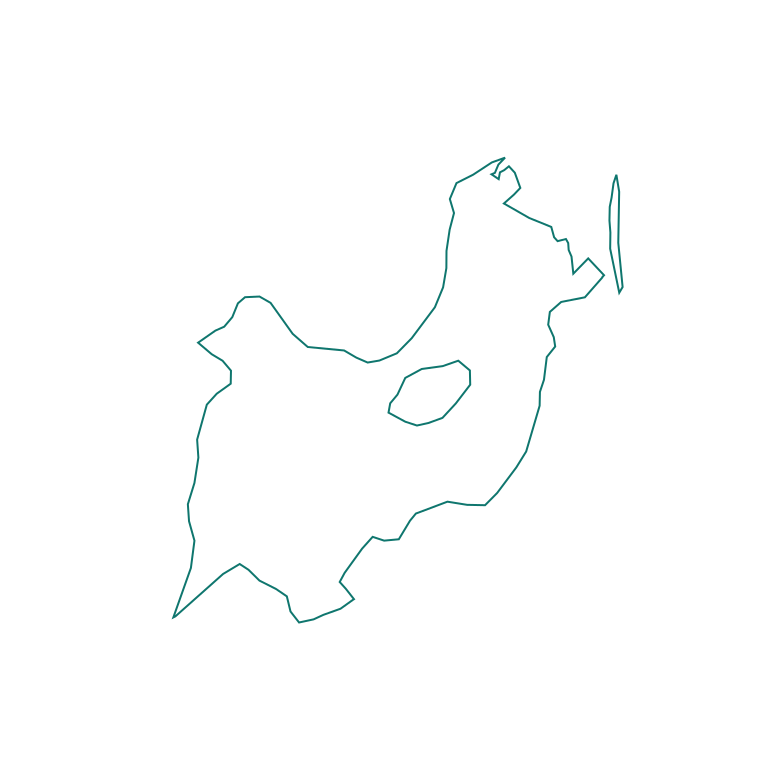 the County of Chiayi, rotated 138°
{"feature_id": "TWN-1170", "entity_name": "Chiayi", "entity_type": "County", "adm_level": 1, "iso_a3": "TWN", "parent_name": "Taiwan", "parent_adm1": "", "projection": "robinson", "projection_center": [120.419, 23.433], "detail": "fine", "context": "isolated", "style": "outline", "palette": "teal", "viewbox_px": 768, "rotation_deg": 138, "n_neighbors": 0, "source": "natural_earth", "source_scale": "10m", "svg_char_len": 1746}
<svg xmlns="http://www.w3.org/2000/svg" viewBox="0 0 768 768"><g transform="rotate(138 384 384)"><path d="M142.6,471.2L152.2,470.5L160.3,466.7L163.8,467.9L161.7,459.5L156.2,463.7L151.6,462.5L145.5,462.2L145.4,453.5L151.5,438.5L160.7,437.8L174.1,437.9L165.0,410.2L154.6,388.8L159.4,379.2L159.4,374.0L151.8,370.0L152.8,365.5L157.1,360.0L159.4,353.2L169.5,339.3L148.2,340.7L147.7,317.6L150.1,317.4L150.4,317.1L176.7,314.0L197.4,326.4L212.5,326.6L222.3,318.2L226.5,305.2L231.7,297.3L245.0,295.1L262.3,280.1L273.4,273.8L282.9,263.7L323.5,238.7L341.4,233.5L372.8,227.3L390.0,226.3L403.1,238.6L415.6,254.1L447.0,266.4L456.2,265.0L476.9,258.7L488.7,267.5L494.7,278.0L510.4,276.3L539.6,270.0L549.4,266.5L549.4,257.4L550.3,244.2L551.5,244.4L566.7,246.1L583.5,253.0L593.8,256.2L606.7,263.6L605.7,277.5L598.3,291.2L601.4,303.9L608.1,321.2L609.0,336.6L611.7,346.8L630.7,350.5L694.5,350.9L696.7,351.5L650.6,376.5L629.7,394.4L620.7,412.5L610.2,425.9L591.1,437.3L571.2,453.5L560.1,467.7L529.5,487.2L514.8,488.7L497.7,486.8L488.8,496.3L488.4,509.3L492.1,521.4L494.5,539.1L473.6,536.5L464.4,533.5L452.0,535.2L438.6,541.7L429.2,541.5L418.0,532.3L414.0,520.2L418.3,482.4L415.9,462.5L391.2,435.6L386.9,422.1L381.8,410.9L371.7,404.5L353.9,398.2L332.7,399.5L294.8,407.0L275.4,416.3L260.1,428.4L248.5,441.1L231.9,454.8L217.6,464.2L211.3,477.4L195.7,484.8L177.7,479.9L155.6,476.5L142.6,471.2ZM364.1,374.3L381.1,367.1L392.3,365.5L399.8,359.7L393.4,341.7L387.3,331.1L377.1,325.3L363.2,319.7L343.6,321.5L320.4,325.8L311.1,336.6L313.2,351.6L328.4,358.0L345.9,369.9L364.1,374.3ZM80.6,369.5L115.4,332.2L141.8,296.4L148.1,294.4L125.4,333.2L114.4,345.1L107.1,354.6L97.7,364.6L90.2,370.2L79.1,379.6L71.3,384.0L80.6,369.5Z" fill="none" stroke="#0f766e" stroke-width="2"/></g></svg>